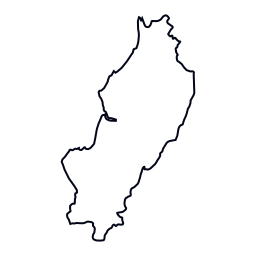 the Province of Manabi
{"feature_id": "ECU-1282", "entity_name": "Manabi", "entity_type": "Province", "adm_level": 1, "iso_a3": "ECU", "parent_name": "Ecuador", "parent_adm1": "", "projection": "natural_earth1", "projection_center": [-80.093, -0.733], "detail": "fine", "context": "isolated", "style": "outline", "palette": "ink", "viewbox_px": 256, "rotation_deg": 0, "n_neighbors": 0, "source": "natural_earth", "source_scale": "10m", "svg_char_len": 4809}
<svg xmlns="http://www.w3.org/2000/svg" viewBox="0 0 256 256"><path d="M70.3,223.9L68.8,219.5L67.6,217.7L67.2,216.4L67.0,214.9L67.4,213.7L70.5,211.2L70.1,208.8L70.1,205.9L70.9,205.1L72.0,204.0L73.0,203.6L74.5,203.7L74.9,202.3L74.8,200.9L75.0,198.9L75.5,197.2L75.1,194.8L75.4,193.4L77.0,192.5L76.8,190.0L74.2,185.8L69.0,178.6L64.7,169.9L62.9,164.7L61.7,161.8L62.3,159.7L63.4,158.4L64.6,157.2L65.7,155.8L66.4,154.8L67.1,153.8L68.2,152.4L69.3,151.0L69.5,150.1L70.5,149.6L71.7,150.1L73.0,150.1L74.2,149.2L75.3,148.7L76.7,149.0L77.7,148.5L78.8,148.1L78.6,149.0L80.2,149.9L81.5,150.0L82.6,148.9L83.2,148.6L83.9,147.6L84.8,147.3L85.7,148.7L86.4,148.9L88.1,149.1L90.2,148.2L92.1,146.2L94.1,143.8L95.4,137.4L95.7,135.5L96.9,128.9L98.5,123.9L100.5,119.2L101.6,116.3L102.0,115.7L102.8,115.1L104.0,114.9L105.1,114.4L105.3,117.1L106.5,119.1L108.9,120.3L111.2,120.7L115.9,120.8L115.9,119.6L113.5,118.8L110.8,118.1L109.0,118.1L107.8,117.0L106.8,114.2L105.7,111.8L104.5,111.2L103.8,110.1L103.7,107.7L102.8,104.9L102.5,101.9L101.2,98.7L99.6,96.5L98.6,92.2L99.5,90.8L101.3,90.6L104.2,88.0L106.9,83.2L107.8,81.4L108.0,80.0L108.8,77.8L109.6,76.1L111.5,75.4L112.6,73.3L113.8,71.1L115.4,72.7L117.3,71.6L119.4,69.8L121.8,67.7L127.1,61.1L131.2,54.9L132.7,52.8L133.3,50.8L133.5,49.5L133.9,49.1L134.5,48.9L136.4,48.2L137.7,44.4L138.4,41.0L138.9,35.6L138.8,33.2L138.1,28.8L137.9,21.2L138.7,18.5L138.8,17.6L139.0,17.2L139.9,17.7L140.3,18.2L140.7,19.0L141.1,20.5L141.7,20.5L141.9,19.2L142.2,18.4L144.5,24.6L145.6,26.5L146.2,26.8L146.8,27.0L147.5,27.1L148.0,27.1L148.4,27.0L148.7,26.9L149.3,26.4L149.6,26.0L150.0,25.6L150.3,25.2L150.5,24.9L150.8,24.0L151.3,22.8L151.5,21.7L151.6,21.4L151.7,21.2L151.9,21.1L152.1,21.0L152.4,21.0L155.4,21.1L156.8,21.1L158.5,20.7L159.6,20.2L160.1,19.9L161.1,19.1L162.9,16.8L163.4,16.4L163.9,16.0L164.9,15.5L165.6,15.4L166.1,15.4L166.6,15.6L167.0,15.8L167.9,16.6L168.6,17.5L168.8,17.8L168.9,18.0L168.9,18.4L168.9,18.6L168.8,18.8L167.9,19.9L167.5,20.5L167.4,20.8L167.3,21.1L167.2,21.5L167.2,21.9L167.3,22.3L167.5,22.6L167.7,23.0L168.0,23.4L172.1,26.2L172.5,26.6L172.7,26.9L172.7,27.2L172.7,27.4L172.6,27.6L172.4,28.0L171.9,28.6L171.3,29.1L170.8,29.6L170.4,30.3L170.0,31.1L168.3,33.8L168.2,34.1L168.4,34.5L168.7,34.9L169.6,35.9L170.1,36.2L170.5,36.3L170.8,36.1L171.0,36.0L171.4,35.8L171.6,35.7L172.1,35.6L172.3,35.8L172.5,36.2L172.6,37.9L172.8,38.5L173.1,38.8L173.4,38.7L173.7,38.6L174.3,38.0L174.9,37.8L175.2,37.9L175.6,38.2L176.2,39.0L177.9,40.8L178.6,41.2L179.1,41.3L179.7,41.4L180.0,41.5L180.2,41.8L180.1,42.0L177.8,44.9L177.6,45.3L177.5,45.7L177.4,46.4L177.3,46.9L177.2,47.1L177.1,47.3L176.9,47.5L176.5,47.6L176.3,47.7L176.2,47.9L176.0,48.2L175.8,48.5L175.7,48.9L175.7,49.2L175.7,49.6L176.0,50.5L176.1,50.8L176.0,51.7L176.2,52.2L177.7,54.9L177.0,55.8L176.8,56.5L176.7,57.6L177.0,59.7L177.4,60.8L178.2,61.5L178.8,61.7L179.3,62.0L180.1,62.8L181.2,63.6L181.9,64.3L184.1,67.5L186.4,69.9L187.0,70.3L190.1,71.3L190.7,71.5L192.1,71.3L192.7,71.4L193.5,71.7L193.9,72.6L193.7,74.3L194.3,92.5L194.0,94.0L193.4,95.5L190.6,100.5L190.5,102.8L190.3,103.6L189.3,106.6L187.9,108.7L186.7,113.5L186.0,115.6L184.0,120.1L182.9,123.7L182.7,124.3L181.8,125.0L180.9,125.2L180.1,125.8L179.2,127.0L178.5,128.7L177.3,135.7L175.6,139.9L169.9,141.0L168.5,141.5L167.5,142.1L166.6,143.0L163.2,148.5L162.8,149.6L162.5,150.9L162.0,151.8L160.7,152.8L160.2,153.4L160.1,154.2L160.2,155.0L160.1,155.7L159.9,156.5L159.4,157.4L158.7,158.5L157.6,160.0L156.1,162.7L155.1,164.1L150.6,168.3L149.3,169.1L147.7,169.6L146.9,169.4L146.2,169.2L144.8,169.3L144.4,169.1L144.2,168.6L144.4,167.7L144.5,167.0L144.2,166.8L143.6,167.1L142.8,168.2L142.2,169.7L141.6,172.0L140.8,174.1L140.1,177.2L138.4,182.7L137.6,184.0L134.2,187.2L132.2,188.1L131.3,189.0L130.7,190.5L130.5,192.5L130.8,194.9L130.7,195.5L130.2,195.9L128.2,196.6L126.9,197.6L126.3,197.8L125.9,198.1L125.3,198.9L124.9,200.1L124.5,202.8L124.5,203.9L124.7,205.2L125.1,206.3L126.1,208.0L126.1,208.7L125.7,209.6L122.7,211.9L117.3,212.8L117.3,213.5L117.7,214.3L118.7,215.6L119.8,216.7L120.6,217.2L121.6,217.4L122.1,217.6L122.3,218.0L122.2,218.5L122.2,219.3L122.3,220.3L123.2,223.2L122.8,224.3L121.5,224.7L118.1,224.4L116.9,225.1L116.4,225.8L115.9,226.0L115.3,225.6L114.7,225.0L114.0,224.6L113.3,224.9L112.6,225.6L111.8,227.4L111.2,228.0L110.0,228.5L109.1,229.1L108.1,230.0L107.4,230.9L106.9,232.1L106.3,233.2L105.5,234.2L104.8,235.3L104.6,236.5L104.6,237.3L104.5,238.1L104.3,238.8L104.2,239.5L103.8,240.0L103.1,240.3L100.5,240.6L96.9,240.5L95.0,240.0L93.6,239.2L92.9,238.1L92.7,237.2L92.8,236.2L93.0,235.3L93.2,234.4L94.3,232.6L94.4,232.0L94.8,229.0L94.7,228.1L94.3,227.3L93.1,226.0L93.0,225.4L93.0,224.7L93.2,223.8L92.7,222.9L91.5,222.1L88.9,221.7L87.3,221.7L84.2,223.0L82.5,223.3L76.2,223.0L75.0,223.4L74.4,223.5L72.7,223.3L70.3,223.9L70.3,223.9Z" fill="none" stroke="#020617" stroke-width="2"/></svg>